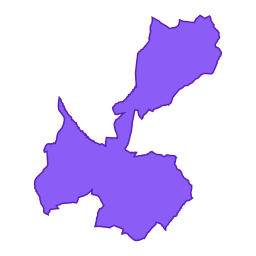 Chapulco, Puebla, Mexico (Robinson projection)
{"feature_id": "50627088B58837856031085", "entity_name": "Chapulco", "entity_type": "district", "adm_level": 2, "iso_a3": "MEX", "parent_name": "Mexico", "parent_adm1": "Puebla", "projection": "robinson", "projection_center": [-97.406, 18.647], "detail": "fine", "context": "isolated", "style": "filled", "palette": "violet", "viewbox_px": 256, "rotation_deg": 0, "n_neighbors": 0, "source": "geoboundaries", "source_scale": "gbopen_adm2", "svg_char_len": 5866}
<svg xmlns="http://www.w3.org/2000/svg" viewBox="0 0 256 256"><path d="M209.4,16.0L204.8,18.5L200.1,15.4L195.8,19.3L194.4,22.5L189.1,22.1L187.6,21.7L183.3,21.4L179.5,19.8L179.4,22.7L178.4,25.5L176.0,27.1L174.6,27.6L169.6,28.5L166.6,26.3L161.1,23.1L158.9,21.0L152.2,17.4L152.4,20.4L151.8,23.3L150.5,25.8L150.2,30.1L150.7,30.7L148.9,38.9L149.7,39.4L149.3,40.5L148.3,42.4L147.3,43.4L146.0,45.4L145.1,45.9L144.8,46.8L143.2,48.3L142.8,49.3L141.4,49.6L140.2,51.2L139.1,51.6L137.8,53.5L135.5,72.8L136.4,86.8L135.4,86.4L134.5,88.6L133.5,89.6L133.0,89.6L132.8,91.3L132.0,91.5L131.9,91.9L130.4,93.6L129.9,94.7L129.0,94.6L128.5,94.8L128.4,96.1L127.1,96.9L126.5,98.4L125.6,99.3L124.4,99.9L124.2,100.4L123.2,101.6L119.0,102.2L117.9,103.2L115.5,103.9L114.6,105.8L113.2,106.7L112.9,107.2L112.6,108.4L112.7,108.9L115.1,114.3L117.0,114.5L118.5,114.0L122.3,113.3L122.7,113.0L124.1,112.9L122.9,113.7L118.0,118.7L115.8,120.0L114.2,123.7L114.3,125.1L115.3,130.3L115.8,131.7L116.5,132.7L116.8,134.2L117.5,135.7L117.4,137.0L116.9,137.5L117.3,138.2L106.4,137.5L105.4,144.7L105.8,146.1L105.3,146.1L102.0,143.8L99.6,144.7L98.6,143.8L94.6,142.4L94.2,141.4L93.0,141.4L93.0,140.6L91.3,140.3L90.8,140.0L90.5,139.4L89.7,139.1L89.2,139.2L89.1,138.3L88.5,137.6L87.0,137.4L87.8,136.8L86.5,135.7L85.8,135.5L85.7,135.3L86.2,134.8L86.1,134.6L85.5,134.5L84.9,134.9L84.6,134.6L84.5,134.2L85.0,134.2L85.1,133.7L83.9,133.1L83.1,132.4L82.7,131.7L82.7,131.0L82.3,130.9L81.8,131.5L81.4,131.5L79.3,129.0L78.4,128.6L79.0,127.6L77.4,126.5L76.8,124.5L76.2,124.3L76.3,123.6L76.1,122.7L75.5,122.9L75.0,122.8L74.4,121.6L73.6,121.1L72.8,120.0L71.7,119.8L71.5,118.7L71.7,117.7L71.3,117.1L70.3,116.5L69.5,115.4L67.7,113.8L67.1,112.1L65.8,110.8L65.3,109.4L64.5,109.3L64.7,108.1L63.9,106.9L64.1,106.2L62.8,105.7L62.7,105.2L63.1,104.3L62.8,103.5L61.6,102.4L61.1,101.3L61.1,99.9L59.2,97.5L58.4,104.2L58.5,107.8L58.7,109.2L59.4,110.7L63.3,115.8L63.9,116.7L64.4,118.3L64.3,121.0L63.4,124.7L62.2,127.6L58.6,132.1L57.7,133.8L57.1,135.8L56.5,139.9L55.2,143.5L53.9,142.9L53.6,143.4L51.6,143.9L47.9,143.8L46.4,144.9L45.7,145.9L44.1,149.6L44.3,150.0L44.0,151.2L44.6,152.2L47.0,151.4L47.8,165.1L46.2,167.2L43.5,169.6L42.8,171.8L38.2,176.0L36.8,177.5L35.5,179.4L34.7,181.5L34.6,184.5L34.9,185.4L34.9,188.3L36.1,189.9L36.0,190.9L36.1,191.4L36.9,191.8L37.1,192.8L40.0,197.3L39.8,198.6L41.1,203.8L43.0,206.5L43.8,208.4L43.9,212.3L45.4,213.6L46.3,213.8L48.2,214.7L48.1,213.4L49.9,211.3L49.7,210.4L50.4,209.4L58.3,208.5L56.4,205.7L60.8,204.2L62.3,203.3L69.8,202.9L72.6,202.3L76.5,202.9L77.7,200.6L78.4,197.6L82.0,196.3L82.5,196.4L87.1,194.3L91.0,191.0L91.8,189.7L92.1,189.5L92.1,191.1L91.7,193.8L92.6,193.8L93.1,194.8L95.2,194.9L98.3,196.0L100.2,198.8L101.0,200.8L103.8,205.4L101.7,208.3L100.3,208.5L99.8,208.8L99.4,209.3L99.3,209.8L98.8,210.2L98.5,211.5L97.9,212.1L97.6,216.1L96.9,217.3L96.6,218.5L96.4,221.1L95.5,224.2L95.7,224.9L95.2,225.6L95.3,226.1L95.0,226.6L95.9,226.6L97.4,226.1L98.6,226.5L99.9,226.4L104.5,227.0L104.7,226.8L106.1,227.1L108.0,227.2L109.3,227.8L109.7,227.7L111.5,226.6L113.8,225.6L114.7,225.5L115.3,226.0L122.3,228.7L123.3,229.4L121.8,233.9L122.6,233.9L123.7,233.4L124.2,233.0L125.0,232.9L127.5,233.6L129.2,235.7L129.3,236.0L130.5,236.7L131.8,238.1L133.9,239.8L136.1,240.6L136.6,240.3L138.9,240.2L141.0,239.3L141.6,239.3L143.1,238.2L144.3,238.5L146.9,234.1L147.2,233.1L148.6,231.9L149.0,231.9L149.9,230.7L149.9,230.2L150.8,229.6L150.9,229.1L152.7,227.2L155.7,224.5L155.9,222.4L158.6,223.0L160.9,223.9L162.1,225.1L162.0,225.7L162.4,226.2L163.3,226.5L163.8,227.3L164.0,228.3L164.5,228.6L165.2,229.7L165.4,229.7L165.8,230.7L165.6,228.3L166.1,226.7L167.1,225.3L168.3,224.3L168.3,223.9L169.8,221.6L171.5,220.3L171.5,219.6L172.8,218.6L173.3,216.7L173.6,216.5L174.2,216.7L176.3,215.9L176.9,214.9L177.4,212.8L178.0,212.5L179.1,210.6L180.0,209.9L180.1,208.6L180.3,208.3L181.4,208.0L181.1,207.4L182.2,205.8L182.5,204.7L183.9,204.5L184.1,203.5L185.2,202.6L185.9,201.2L187.8,200.5L189.0,200.5L189.9,199.8L191.6,198.8L192.5,197.9L191.5,197.2L191.1,195.5L191.2,194.8L190.8,192.8L190.9,191.8L191.6,189.1L191.7,185.3L190.8,185.0L189.3,183.7L188.9,183.0L188.8,181.7L187.9,180.2L186.1,179.3L184.0,177.8L182.1,174.8L181.7,172.8L180.6,171.3L180.6,170.9L179.4,169.9L178.9,169.9L176.9,168.9L176.5,168.2L176.4,167.0L175.8,165.8L174.9,164.6L174.6,162.4L175.2,162.2L175.8,158.2L176.4,157.7L175.6,157.3L175.6,156.3L174.6,156.0L174.2,156.2L173.8,155.8L172.9,155.6L170.6,155.5L169.7,155.7L167.8,154.8L166.5,155.4L166.2,155.2L166.0,155.9L164.8,156.5L164.2,156.3L163.6,156.5L162.1,155.7L161.8,155.2L160.9,154.8L158.4,154.5L158.0,154.8L156.6,154.5L153.0,152.5L153.0,152.3L152.5,152.2L152.1,151.6L150.2,152.1L149.6,153.1L148.2,153.6L148.0,153.9L147.3,154.0L147.3,154.4L146.9,154.4L146.0,155.0L144.5,154.9L140.0,155.8L138.9,155.7L138.1,156.1L135.1,156.6L134.1,156.6L136.5,152.5L134.6,152.2L133.9,153.1L131.8,152.2L131.2,153.2L125.4,149.9L125.3,148.3L127.7,144.7L128.6,142.1L131.5,130.3L132.5,121.1L134.9,109.8L138.0,110.4L138.4,113.7L138.9,115.3L139.8,116.9L141.8,119.0L142.5,118.5L143.0,117.1L142.7,117.0L142.9,116.0L145.0,113.9L145.8,113.7L146.6,112.4L147.6,111.5L148.6,109.4L149.3,109.9L152.7,111.4L153.4,110.4L153.6,109.8L154.8,108.8L156.1,108.6L160.2,107.0L161.1,106.0L161.8,105.9L162.0,105.6L164.7,105.2L165.0,105.3L167.6,104.5L167.9,104.5L168.5,105.0L168.8,104.5L170.9,103.0L172.9,97.2L178.7,90.1L180.3,88.9L182.3,87.9L184.7,85.7L187.8,85.4L190.3,83.6L192.5,82.5L195.2,79.3L198.0,78.0L201.2,74.8L203.3,73.6L205.5,73.4L210.8,73.9L212.1,73.4L213.1,72.4L216.4,64.9L217.0,63.2L217.2,61.4L217.7,60.4L218.6,59.2L219.6,56.9L220.7,55.7L220.9,54.6L221.3,53.6L221.4,52.5L219.3,49.0L218.1,47.8L216.7,47.1L215.8,47.2L215.0,44.6L217.3,41.2L217.8,40.0L219.2,38.2L219.6,36.6L218.8,35.9L218.9,32.5L217.4,30.6L215.5,28.9L213.4,26.5L214.0,24.8L212.9,23.7L210.8,20.2L210.9,18.7L210.1,16.7L209.4,16.0Z" fill="#8b5cf6" stroke="#5b21b6" stroke-width="1.5"/></svg>